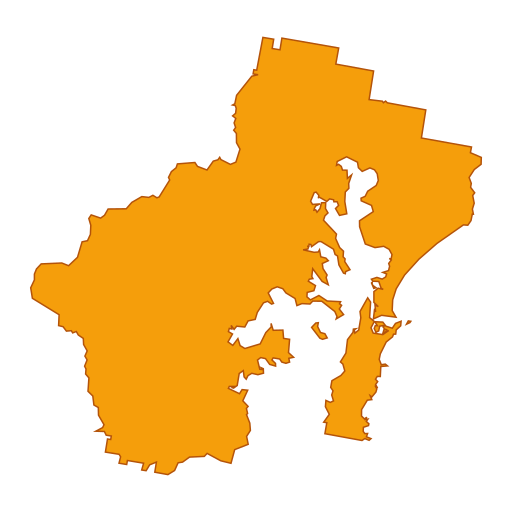 the district of Lake Macquarie, New South Wales, Australia
{"feature_id": "25037944B40753124190116", "entity_name": "Lake Macquarie", "entity_type": "district", "adm_level": 2, "iso_a3": "AUS", "parent_name": "Australia", "parent_adm1": "New South Wales", "projection": "orthographic", "projection_center": [151.587, -33.038], "detail": "fine", "context": "isolated", "style": "filled", "palette": "amber", "viewbox_px": 512, "rotation_deg": 0, "n_neighbors": 0, "source": "geoboundaries", "source_scale": "gbopen_adm2", "svg_char_len": 6071}
<svg xmlns="http://www.w3.org/2000/svg" viewBox="0 0 512 512"><path d="M247.6,413.5L246.4,408.4L248.1,406.4L242.8,400.8L247.7,390.2L242.1,389.6L239.5,393.7L228.4,388.4L229.3,386.4L234.2,386.4L232.2,387.7L233.6,388.1L237.2,385.5L239.2,373.5L243.3,370.6L244.1,376.9L246.2,379.2L248.0,375.6L251.8,373.3L257.9,374.7L263.5,373.2L263.3,368.7L261.1,367.7L261.8,369.5L259.8,369.3L257.5,360.0L260.7,357.6L265.5,358.6L269.7,364.4L275.6,366.1L275.5,363.4L271.9,359.9L273.2,357.9L279.7,359.0L281.8,362.1L285.9,363.3L289.6,362.1L288.8,358.3L293.6,357.3L288.5,352.6L289.6,339.3L283.6,338.4L282.9,330.1L273.2,330.3L271.1,323.4L271.2,326.9L265.8,332.6L260.2,343.9L244.9,348.5L240.1,345.6L237.9,338.6L232.8,345.4L228.0,341.9L232.5,334.0L228.4,331.6L229.3,328.4L231.8,329.0L231.2,325.4L234.1,329.4L236.7,326.2L244.8,327.0L248.1,320.9L255.2,319.4L257.3,312.4L263.5,302.8L267.6,301.3L271.6,304.1L273.5,303.4L268.2,292.9L271.9,289.0L277.2,286.8L282.8,288.7L285.9,292.9L295.1,298.5L296.9,305.6L301.9,303.6L310.0,304.0L312.7,301.1L321.7,301.2L334.8,311.5L337.0,316.5L336.2,318.9L343.6,314.6L339.3,309.0L341.6,305.3L339.5,303.8L340.6,301.7L327.2,301.0L318.9,295.5L310.4,299.9L306.9,296.8L307.2,292.4L313.9,290.7L315.5,285.6L308.3,281.2L309.3,279.2L312.9,278.6L311.8,276.6L312.7,268.7L322.1,281.4L328.3,284.8L326.1,277.5L327.1,275.0L323.0,268.6L322.3,263.5L328.3,260.7L325.9,258.1L320.8,256.8L319.5,249.8L318.2,252.0L314.1,252.3L303.1,249.8L307.9,249.0L308.6,246.5L307.1,246.1L308.9,246.4L309.1,244.2L310.9,244.5L311.5,246.7L318.6,241.6L321.1,241.6L333.5,249.2L335.1,254.5L337.5,255.9L338.9,264.9L343.5,273.1L345.3,273.7L345.6,271.6L350.0,269.7L344.7,261.5L345.1,258.9L343.1,256.8L343.5,251.2L339.7,247.6L335.6,238.4L336.5,234.1L323.5,220.2L324.9,215.9L328.0,212.9L325.5,208.6L325.7,202.6L321.5,202.8L320.0,208.6L317.0,212.2L315.7,209.8L314.0,210.2L314.4,208.4L315.7,205.9L320.0,203.9L312.5,204.4L310.6,201.2L314.2,192.6L316.1,192.1L318.8,195.3L318.3,198.3L318.8,196.9L326.8,201.4L329.6,198.9L333.6,199.8L333.9,201.8L337.1,201.7L338.6,205.4L335.5,208.5L339.5,215.4L346.8,213.8L344.8,201.5L345.3,192.0L348.9,188.3L348.7,183.4L351.6,174.9L347.4,178.4L347.0,170.2L342.5,170.1L341.3,166.4L338.6,164.3L336.5,165.4L337.2,161.5L346.6,156.8L357.5,162.2L358.4,167.7L362.2,171.4L369.9,167.9L374.5,169.8L377.2,173.7L378.3,180.5L376.2,185.5L367.7,191.2L365.2,196.3L361.0,198.2L361.2,200.8L371.5,205.4L373.3,211.6L359.5,220.8L359.6,226.8L365.3,244.0L375.0,247.6L383.7,246.3L389.1,249.3L392.0,254.6L391.1,258.9L389.3,258.5L391.3,260.0L388.7,263.4L389.6,266.3L388.5,270.6L382.8,272.4L386.6,273.9L385.7,276.9L382.2,279.1L376.9,277.4L371.4,279.2L372.8,281.2L378.8,281.5L381.1,288.1L383.2,289.4L378.2,288.2L373.9,291.6L373.9,302.4L378.3,306.6L375.0,305.0L375.6,312.0L374.6,308.7L373.4,318.9L381.6,315.3L396.0,317.2L392.2,310.6L392.7,299.8L396.2,288.8L404.6,275.0L419.0,259.1L437.0,243.4L463.4,224.9L467.8,225.2L471.0,220.6L472.3,214.1L473.4,214.2L472.4,209.1L474.2,203.2L472.7,195.5L474.7,192.8L470.6,187.3L471.3,183.4L469.1,177.5L474.3,169.5L481.1,164.3L481.3,157.4L470.4,152.7L471.5,147.0L421.4,138.0L425.8,109.9L387.3,102.8L385.6,101.1L383.4,102.7L382.4,101.2L369.1,99.6L373.6,71.0L335.8,64.1L338.7,48.0L281.9,38.1L280.0,49.8L272.2,48.5L273.7,39.2L262.9,37.4L256.7,70.2L253.8,69.7L253.1,73.9L258.1,74.7L251.8,76.2L236.6,95.3L234.8,103.8L232.6,105.0L235.3,105.6L236.2,108.3L235.6,113.3L232.6,115.9L235.8,118.4L234.1,122.9L235.6,127.5L233.7,130.2L236.4,133.5L236.5,142.7L240.0,149.1L235.9,162.1L230.4,164.4L220.9,159.6L219.7,157.3L217.9,159.8L213.3,161.1L207.0,170.0L197.5,166.4L194.9,162.5L177.4,163.9L176.1,167.8L171.4,171.6L168.5,177.4L169.7,180.0L159.2,196.9L156.9,197.8L152.9,195.3L148.9,197.4L141.8,196.6L131.8,202.4L126.2,208.8L108.1,209.0L104.5,215.3L100.6,218.1L91.2,214.9L88.8,218.5L90.8,225.3L90.4,234.4L87.5,240.7L82.1,241.8L77.5,257.3L68.6,265.7L61.8,263.0L41.2,263.9L36.5,268.9L34.4,274.1L34.4,279.9L30.7,287.8L32.4,298.3L59.1,314.7L58.6,325.6L63.1,326.7L66.4,331.1L71.3,330.7L72.7,332.9L76.3,331.5L78.3,335.0L83.3,338.4L83.6,344.5L87.2,350.9L84.9,356.1L87.1,359.9L84.6,366.2L86.0,369.0L85.6,374.0L88.9,377.9L88.0,391.3L92.8,396.0L93.9,405.0L98.3,407.5L98.5,415.2L104.0,424.7L102.6,427.6L95.8,431.2L104.4,431.5L106.2,435.2L111.3,436.0L110.7,439.5L107.5,439.0L105.4,452.1L119.1,454.3L120.6,456.8L119.0,463.2L126.7,464.5L127.4,460.5L143.6,463.2L141.7,470.0L146.1,470.7L149.7,464.8L156.4,462.1L154.8,472.2L167.9,474.6L174.6,470.5L178.1,462.8L182.6,462.1L189.5,457.1L204.3,456.4L207.1,453.4L220.8,460.8L231.0,463.3L234.7,449.6L248.2,444.3L246.6,436.4L250.4,430.4L249.8,423.1L246.5,414.6L247.6,413.5ZM362.0,440.5L364.8,438.6L369.1,440.3L371.0,438.6L366.4,436.8L367.6,433.5L364.8,433.6L363.2,431.4L363.4,427.3L368.5,425.6L368.9,423.8L366.3,421.4L367.9,419.1L365.6,419.5L366.8,417.2L364.4,418.9L361.5,416.0L361.6,409.6L367.3,400.2L371.8,399.6L370.2,395.7L371.9,396.9L375.9,392.1L376.8,388.9L375.0,385.5L377.6,388.1L375.6,384.5L377.7,381.6L375.5,379.2L377.3,376.4L380.3,376.5L380.8,366.5L387.5,365.9L385.3,364.1L381.3,364.7L379.2,359.4L380.3,353.9L386.2,342.0L392.5,336.9L393.5,334.2L395.7,334.1L396.2,329.9L400.7,325.8L401.1,321.2L395.5,323.4L392.3,328.2L386.0,326.2L382.8,322.1L374.8,321.7L377.4,325.7L375.3,325.6L374.2,328.5L375.9,332.3L378.7,330.9L379.7,326.2L382.8,325.6L384.5,325.7L383.1,327.0L384.8,329.2L387.4,329.9L384.0,329.6L383.0,332.9L388.8,330.5L382.8,334.6L373.2,333.1L371.0,327.8L374.3,321.5L369.6,317.6L370.6,302.1L367.7,297.8L360.0,311.5L360.8,317.8L358.7,330.1L354.9,333.1L354.3,329.9L355.8,328.8L353.4,329.1L353.0,332.3L347.5,339.6L345.9,353.1L340.4,361.9L342.9,364.1L344.8,371.0L340.9,375.5L331.9,380.7L330.7,387.4L333.0,390.8L331.7,395.0L333.5,400.9L330.3,402.4L325.9,400.4L325.4,406.7L329.3,414.3L323.7,422.2L326.8,422.7L324.9,433.7L362.0,440.5ZM327.2,337.9L324.9,333.7L320.5,332.5L317.6,326.5L318.3,322.7L315.8,323.0L311.6,327.4L319.9,338.2L322.5,339.3L327.2,337.9ZM371.8,282.9L372.8,282.4L371.9,282.5L371.5,283.0L373.8,288.4L376.0,287.7L372.8,285.4L371.8,282.9ZM410.8,321.3L408.3,320.9L406.5,324.2L409.9,322.6L410.8,321.3Z" fill="#f59e0b" stroke="#b45309" stroke-width="1.5"/></svg>